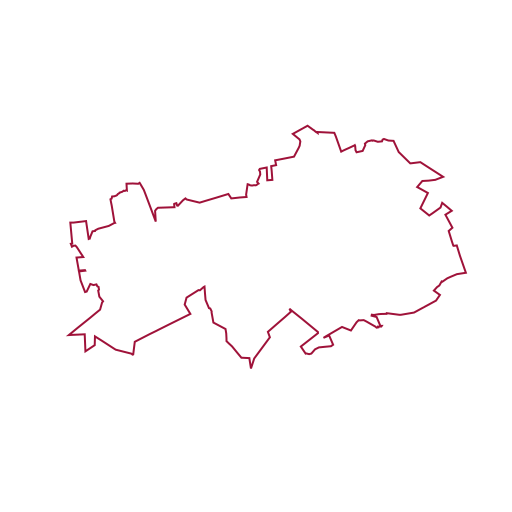 the district of La Colorada, Sonora, Mexico, rotated 163°
{"feature_id": "50627088B56530364421655", "entity_name": "La Colorada", "entity_type": "district", "adm_level": 2, "iso_a3": "MEX", "parent_name": "Mexico", "parent_adm1": "Sonora", "projection": "orthographic", "projection_center": [-110.323, 28.724], "detail": "fine", "context": "isolated", "style": "outline", "palette": "rose", "viewbox_px": 512, "rotation_deg": 163, "n_neighbors": 0, "source": "geoboundaries", "source_scale": "gbopen_adm2", "svg_char_len": 4244}
<svg xmlns="http://www.w3.org/2000/svg" viewBox="0 0 512 512"><g transform="rotate(163 256 256)"><path d="M237.1,148.2L236.7,148.3L233.9,146.6L231.6,146.5L226.8,149.5L222.5,150.2L221.1,149.9L217.0,149.1L210.7,147.8L208.2,148.6L209.3,158.6L215.4,158.0L212.8,158.7L194.5,163.0L187.0,157.0L180.5,162.2L179.1,163.3L176.5,164.6L175.7,164.1L171.8,163.2L171.0,162.5L169.2,160.7L166.2,157.5L162.5,153.6L162.3,153.3L161.6,152.2L160.0,152.0L159.9,152.8L156.8,151.9L156.2,152.4L157.5,152.8L158.5,162.4L162.4,164.8L162.9,165.1L162.4,166.0L160.4,165.1L155.7,164.5L153.4,164.0L148.0,162.5L147.7,163.1L136.2,157.9L134.9,157.5L134.5,157.4L121.4,155.7L115.6,156.9L96.9,160.7L91.5,165.0L96.0,170.9L92.0,173.3L89.3,174.2L85.9,177.4L85.4,176.9L79.4,178.8L79.2,178.8L76.0,179.2L69.2,179.9L60.2,178.6L60.9,196.6L60.9,200.6L60.9,201.1L60.9,207.4L64.0,207.9L64.3,208.2L64.4,212.7L64.4,221.3L64.4,223.6L59.9,225.6L62.8,240.1L55.6,242.0L59.2,247.6L62.4,252.4L65.4,248.4L74.9,245.2L78.5,244.1L79.1,245.0L84.9,253.5L73.2,266.0L80.5,273.6L81.5,274.6L81.7,274.8L75.0,279.1L68.9,277.6L62.2,276.4L61.2,276.5L53.9,277.0L67.8,293.4L71.4,297.7L81.1,299.4L81.4,299.5L88.9,313.3L89.1,313.5L90.8,325.9L95.6,327.7L97.1,328.8L99.4,330.5L100.9,330.3L102.0,328.8L106.1,329.6L109.7,332.1L111.0,332.2L111.3,332.7L115.7,333.0L119.0,331.6L119.1,330.0L123.3,325.3L129.5,325.8L129.9,328.0L129.0,332.2L129.1,333.1L129.6,332.9L130.2,332.9L135.7,332.1L138.2,331.8L141.8,331.3L144.0,330.9L144.7,346.9L145.1,350.9L160.4,356.4L160.9,356.6L161.1,355.6L161.4,356.0L162.5,357.2L164.1,359.7L164.4,359.9L168.6,365.5L185.1,362.0L180.3,354.8L180.1,352.6L181.3,350.2L182.0,348.7L183.5,347.0L190.6,339.9L201.4,341.0L209.7,341.9L210.2,337.0L215.2,337.5L216.1,332.9L218.1,324.0L223.1,325.1L219.9,337.5L226.9,338.2L227.9,337.3L227.5,335.5L228.1,332.7L233.3,326.6L232.4,324.5L233.0,324.4L234.3,323.9L235.1,323.7L235.7,323.7L237.2,324.3L239.1,324.5L239.6,324.7L240.2,325.0L240.9,325.3L241.5,325.9L241.7,326.1L241.8,326.3L242.3,326.6L242.5,326.8L243.0,327.1L243.5,326.1L247.5,317.6L247.8,315.2L254.4,316.7L260.3,317.8L262.8,318.3L264.3,323.4L267.5,323.4L267.8,323.4L270.4,323.4L277.0,323.4L288.5,323.5L294.3,323.5L304.6,329.6L305.9,330.4L306.6,331.7L307.5,331.4L309.6,330.6L316.0,326.9L316.7,327.3L316.7,329.8L318.9,329.8L319.1,329.7L319.7,326.5L328.6,328.9L335.7,330.8L337.7,329.9L339.3,328.7L341.8,318.2L342.7,332.9L343.6,347.0L343.9,351.3L344.0,352.2L345.7,359.3L345.9,360.0L347.5,359.5L352.7,361.4L358.7,363.0L360.3,356.5L360.8,357.0L361.0,356.9L361.7,356.6L362.8,356.7L363.3,357.1L364.0,356.9L365.3,356.5L366.0,356.5L367.9,356.5L368.2,356.1L370.1,355.6L371.2,354.8L372.3,354.6L372.9,354.6L373.2,354.6L374.0,354.5L376.2,355.0L377.3,353.1L378.6,352.8L379.0,349.1L379.2,346.8L379.4,345.2L381.4,330.4L381.1,328.9L381.8,329.0L388.0,327.8L393.8,328.0L398.8,328.2L402.2,327.6L402.3,327.5L402.4,327.3L402.6,327.0L405.1,327.4L408.8,322.9L409.0,322.5L409.9,321.5L409.9,321.3L410.0,321.3L411.0,321.2L408.3,339.1L420.8,341.3L423.8,342.2L424.5,338.9L428.1,321.6L429.5,321.8L429.3,318.7L427.5,319.1L425.7,318.8L425.0,317.4L424.7,316.7L422.8,310.0L421.9,307.0L421.5,305.5L428.1,307.0L429.7,293.8L423.7,292.5L423.6,291.9L429.8,293.0L429.8,292.8L430.9,284.0L430.0,271.5L428.3,271.5L422.6,277.7L419.9,275.7L416.9,275.5L416.6,273.4L415.6,272.5L416.0,269.7L417.0,269.1L417.7,262.9L415.5,257.4L416.8,256.5L420.8,250.3L426.2,248.1L432.9,245.3L447.2,239.6L458.1,235.1L455.2,234.4L442.7,231.2L447.0,214.7L436.3,217.9L433.5,226.2L428.4,220.3L418.4,208.4L417.5,207.4L403.8,199.1L403.5,198.7L403.2,198.3L403.0,197.9L402.9,197.8L402.8,197.7L402.5,197.7L402.2,197.8L397.0,209.4L380.4,212.4L372.8,213.6L371.8,213.8L358.2,216.1L335.7,219.8L338.4,230.4L334.6,236.5L324.3,239.3L321.0,240.2L319.6,239.6L315.2,241.6L314.2,241.8L315.7,235.2L317.1,228.7L316.2,219.9L315.1,219.2L314.6,216.0L315.0,214.9L316.2,204.8L306.5,195.1L307.1,190.7L308.3,185.9L309.1,183.2L307.0,179.4L306.9,179.3L305.3,176.5L302.1,168.7L299.7,163.0L292.2,160.3L292.7,157.0L293.7,149.9L289.7,155.6L287.7,158.5L266.5,174.2L266.8,180.0L254.9,185.3L254.6,185.4L254.3,185.6L254.2,185.6L252.0,186.6L246.5,189.0L238.9,192.5L239.4,195.8L238.0,193.6L230.7,182.9L219.0,165.2L219.1,164.9L219.3,164.1L239.6,156.3L237.1,148.2Z" fill="none" stroke="#9f1239" stroke-width="2"/></g></svg>